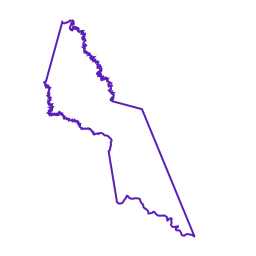 La Chorrera, Amazonas, Colombia (orthographic projection), rotated 195°
{"feature_id": "7082276B17181319735962", "entity_name": "La Chorrera", "entity_type": "district", "adm_level": 2, "iso_a3": "COL", "parent_name": "Colombia", "parent_adm1": "Amazonas", "projection": "orthographic", "projection_center": [-72.317, -1.283], "detail": "fine", "context": "isolated", "style": "outline", "palette": "violet", "viewbox_px": 256, "rotation_deg": 195, "n_neighbors": 0, "source": "geoboundaries", "source_scale": "gbopen_adm2", "svg_char_len": 6065}
<svg xmlns="http://www.w3.org/2000/svg" viewBox="0 0 256 256"><g transform="rotate(195 128 128)"><path d="M218.9,213.4L219.3,151.7L219.9,151.5L220.6,150.4L220.0,150.3L220.0,149.7L219.2,149.1L219.1,147.9L218.4,148.2L218.6,147.2L218.1,147.9L217.8,146.9L217.3,147.9L215.9,148.3L215.5,147.9L216.1,147.5L216.2,146.3L213.6,146.5L214.3,144.9L213.7,143.4L214.3,142.3L213.8,141.9L214.1,141.2L213.3,141.0L213.9,140.4L213.0,139.8L214.2,138.4L213.9,138.2L213.3,138.9L213.0,138.4L212.3,138.5L211.9,137.9L212.2,137.0L211.3,137.1L211.9,136.4L210.7,136.3L210.2,135.5L210.7,135.4L210.7,134.6L212.0,133.9L211.2,133.3L211.3,132.9L211.8,132.8L211.7,132.4L210.5,132.1L210.0,131.3L211.4,131.3L210.9,130.6L209.9,130.5L209.9,130.1L210.6,130.0L210.0,129.8L209.5,130.4L208.8,129.9L208.7,130.8L207.9,131.1L208.6,129.8L207.3,130.2L207.1,128.9L206.1,128.8L206.6,128.0L207.6,128.4L207.2,128.0L207.6,128.0L207.6,127.2L208.1,127.1L207.5,126.9L206.3,127.4L206.2,126.7L206.6,126.7L206.7,126.3L206.3,125.4L207.0,125.4L207.3,126.0L207.7,125.5L206.9,125.0L206.9,124.5L207.6,124.3L207.9,125.0L208.5,124.9L208.8,124.3L207.7,123.6L208.1,123.4L208.6,124.0L209.0,123.9L208.5,122.6L209.1,121.9L208.4,121.9L207.9,121.5L207.6,122.0L207.8,120.8L207.2,120.4L207.1,121.1L206.6,121.3L206.8,121.8L205.8,122.0L206.2,120.8L205.2,120.4L204.8,121.9L203.9,121.4L203.4,122.6L202.8,123.0L202.3,122.8L202.5,122.4L202.2,121.8L200.8,121.9L200.7,122.2L201.2,122.4L201.0,122.7L200.3,122.1L199.2,122.2L198.6,122.6L199.5,123.8L199.2,123.9L198.9,125.1L197.9,124.7L197.9,125.6L197.5,125.4L197.6,124.8L196.6,124.9L196.6,125.7L196.3,125.1L196.6,124.6L195.6,124.8L195.9,124.0L194.9,124.2L194.3,123.8L194.8,123.4L194.2,123.0L192.7,122.9L192.8,121.6L191.8,121.7L192.5,121.0L192.1,120.5L190.6,121.3L189.4,120.7L188.0,121.6L187.2,121.5L187.0,121.1L187.6,120.4L187.3,120.0L186.9,120.6L184.6,120.5L184.1,121.5L183.1,120.6L182.6,121.2L182.6,120.6L181.9,121.2L181.3,120.9L181.0,121.3L180.6,120.8L180.3,121.3L179.9,120.9L179.1,121.4L179.0,121.1L178.5,121.1L178.1,120.2L177.7,121.0L176.3,119.6L175.8,119.6L176.3,118.9L175.5,118.7L175.8,118.3L175.2,118.1L175.6,117.3L175.1,116.8L174.6,116.9L174.0,116.1L173.0,115.8L172.8,115.4L172.4,116.0L171.2,115.4L169.6,116.4L168.0,116.2L166.8,117.3L166.0,117.5L165.2,116.8L164.2,117.3L162.4,115.7L161.5,115.6L161.2,115.0L160.7,115.0L160.8,114.5L159.7,114.2L159.9,113.3L159.2,112.9L155.7,115.1L154.9,114.6L153.8,115.9L151.9,116.2L150.9,116.1L148.6,114.8L147.2,115.2L145.1,115.0L141.1,112.6L140.5,111.3L140.9,109.2L139.9,107.4L140.3,105.8L139.9,105.1L140.1,103.7L139.8,102.1L140.7,100.5L119.4,53.5L117.8,52.8L116.4,52.8L114.4,53.8L113.5,55.3L113.0,57.6L112.1,59.3L111.6,62.2L110.6,62.3L109.2,61.0L107.0,60.5L104.4,61.1L102.6,62.2L98.9,62.7L98.0,62.2L97.1,60.6L95.3,58.7L93.6,58.0L92.7,55.7L91.2,54.7L89.3,54.3L87.7,53.2L86.9,52.5L86.1,50.7L82.9,52.0L81.8,53.7L80.1,53.4L78.5,52.0L76.3,51.2L74.4,51.5L70.5,52.9L67.6,52.2L66.5,50.3L66.4,49.2L65.7,48.9L64.6,51.3L63.0,51.9L62.2,51.5L62.4,49.6L61.4,48.1L61.5,46.0L60.9,45.1L59.6,44.1L58.6,44.1L54.3,45.9L54.2,45.3L55.8,43.4L55.5,42.1L54.7,41.7L52.4,42.4L50.9,41.9L48.1,38.5L46.0,38.4L44.1,40.5L42.9,41.0L37.9,41.3L35.4,40.0L119.4,149.8L150.0,149.8L151.9,150.5L152.0,151.0L151.3,150.8L150.7,151.5L151.4,151.8L151.4,152.3L150.1,151.2L149.9,152.5L150.3,153.5L150.0,153.9L150.1,154.8L150.5,155.0L150.2,156.3L151.7,157.1L151.3,157.8L152.7,157.2L152.9,157.8L152.3,157.4L152.1,158.0L153.1,158.2L153.0,159.0L153.6,158.7L153.5,157.0L154.2,158.5L156.2,159.2L155.4,160.7L154.5,161.0L155.6,164.4L154.8,164.2L154.5,164.7L155.0,165.0L157.4,163.2L158.3,164.7L158.2,165.7L156.2,167.1L159.1,167.9L160.1,167.6L160.4,168.5L160.2,169.5L160.7,169.0L161.1,169.3L160.5,170.3L161.5,170.8L161.9,170.8L161.9,170.3L162.4,170.8L163.0,169.2L163.6,169.1L163.7,170.0L165.4,171.3L166.0,170.7L164.7,168.9L166.2,169.0L165.0,167.9L165.5,167.4L166.3,167.6L167.5,171.9L168.1,170.8L169.7,171.6L169.4,170.9L170.2,170.5L170.3,172.4L169.9,172.6L169.4,172.0L169.3,172.6L171.2,173.3L171.6,172.2L172.0,172.2L172.0,172.9L171.2,174.4L170.6,174.4L170.4,175.0L170.0,174.9L170.1,174.1L169.5,174.9L169.0,174.3L169.3,176.1L168.6,176.3L168.5,176.9L168.8,177.6L169.6,177.3L169.3,178.2L170.2,178.2L169.8,178.9L170.8,179.5L170.3,180.1L171.2,180.3L171.3,181.3L172.5,181.3L171.5,180.5L172.2,179.7L173.0,180.0L172.4,179.4L172.9,179.0L172.6,178.4L172.9,178.2L173.5,179.4L173.2,180.4L173.5,181.5L174.2,181.6L173.5,183.8L174.6,184.6L175.4,184.2L175.0,183.6L175.9,183.5L176.1,183.0L176.8,183.6L176.8,184.2L178.0,184.7L177.9,184.0L178.4,183.8L177.8,185.3L178.4,185.1L178.6,184.0L179.8,184.6L178.9,185.5L179.3,186.4L179.9,186.0L179.3,187.2L180.1,186.7L180.3,187.7L181.5,187.9L182.1,187.3L182.0,186.6L181.0,186.0L181.9,185.5L182.7,186.0L182.6,187.6L183.4,188.9L184.4,188.5L183.7,189.4L184.1,189.7L185.0,190.2L185.5,189.4L187.0,189.3L187.0,190.0L188.1,190.0L187.8,190.9L188.7,191.3L189.2,190.9L189.3,189.8L190.2,190.4L190.3,192.5L190.9,192.9L190.4,193.6L192.3,194.4L190.8,195.2L189.8,196.9L190.7,197.5L191.0,196.6L191.4,196.6L192.1,197.1L191.9,197.7L192.3,197.3L192.1,196.4L192.4,196.4L192.9,197.5L193.0,199.4L191.7,201.5L193.1,203.2L193.7,203.4L194.1,202.7L194.7,202.6L193.9,202.0L194.4,201.6L195.0,202.0L195.4,203.2L195.3,203.6L194.5,203.5L193.8,204.0L194.0,204.5L194.8,204.6L194.5,204.9L193.8,204.8L193.9,206.4L193.3,206.6L194.4,206.6L193.8,207.3L194.1,208.1L194.5,208.0L195.2,207.0L195.9,208.1L196.4,207.1L197.3,206.8L197.6,208.2L196.9,208.8L196.5,210.1L198.2,209.6L198.6,208.8L199.3,208.8L198.7,208.1L199.6,208.7L200.2,208.2L200.8,209.1L201.3,208.7L201.8,208.9L202.4,210.2L201.5,210.3L201.2,210.7L202.1,211.7L203.4,211.4L204.1,210.1L204.6,210.0L204.8,211.0L204.4,211.8L204.7,212.1L205.2,211.7L205.3,210.5L206.0,210.7L206.9,212.1L207.2,212.0L206.7,209.1L207.0,208.9L207.6,209.6L207.8,209.1L207.5,208.4L207.0,208.2L207.1,207.9L208.2,207.9L209.6,208.6L210.1,209.4L210.0,212.4L209.1,213.3L210.0,214.4L208.9,215.5L208.0,214.2L207.3,214.6L208.1,216.7L209.2,217.6L210.9,216.8L211.9,216.8L212.3,215.8L213.7,214.9L214.0,214.1L215.7,213.5L216.4,212.7L217.8,212.5L218.9,213.4Z" fill="none" stroke="#5b21b6" stroke-width="2"/></g></svg>